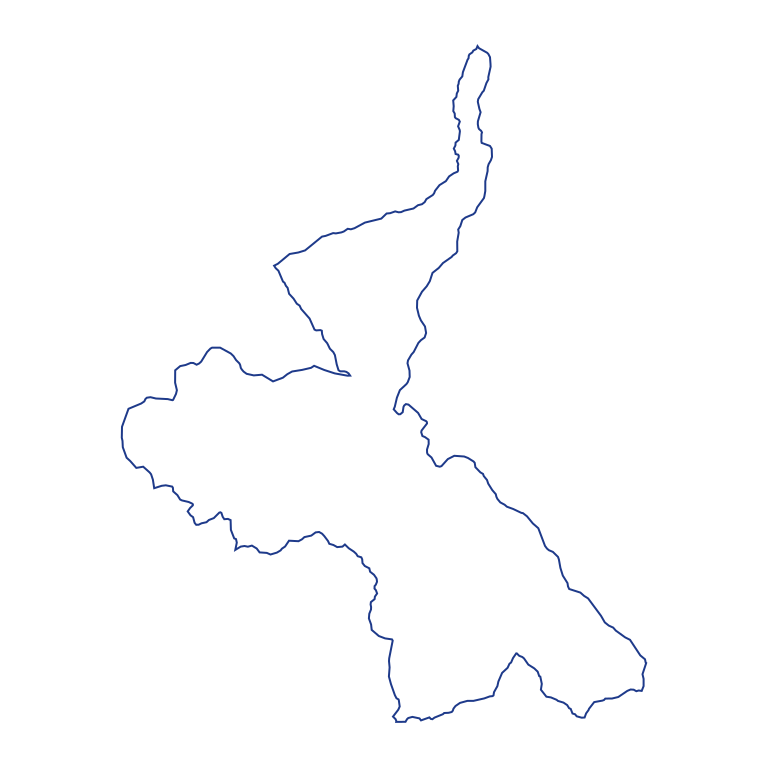 outline of Trong, Tongsa, Bhutan
{"feature_id": "84629894B683869752306", "entity_name": "Trong", "entity_type": "district", "adm_level": 2, "iso_a3": "BTN", "parent_name": "Bhutan", "parent_adm1": "Tongsa", "projection": "robinson", "projection_center": [90.682, 27.159], "detail": "fine", "context": "isolated", "style": "outline", "palette": "blue", "viewbox_px": 768, "rotation_deg": 0, "n_neighbors": 0, "source": "geoboundaries", "source_scale": "gbopen_adm2", "svg_char_len": 6098}
<svg xmlns="http://www.w3.org/2000/svg" viewBox="0 0 768 768"><path d="M646.2,663.0L645.7,662.6L645.0,659.3L640.3,655.4L630.0,639.8L625.2,637.4L615.8,630.6L613.2,627.6L608.8,625.6L604.8,622.4L601.0,615.8L588.1,598.4L584.1,595.9L580.4,592.6L569.2,589.0L568.0,586.4L567.5,583.1L562.8,575.6L560.4,567.9L558.9,559.5L558.0,556.9L552.9,551.9L548.9,550.2L547.0,548.6L545.0,545.9L538.3,528.2L532.8,523.4L527.0,516.3L522.9,513.1L521.4,512.9L513.2,509.0L506.9,506.7L504.6,504.7L500.3,502.4L497.4,498.9L496.4,496.8L495.8,494.2L492.2,490.0L488.2,483.6L487.0,480.0L483.8,476.1L483.0,473.9L480.4,472.4L475.4,467.2L474.7,462.8L473.6,461.5L468.0,458.0L464.2,456.5L454.3,455.8L447.8,459.1L441.5,466.1L439.8,466.7L436.1,465.8L431.5,457.5L427.7,454.2L427.1,452.8L427.0,449.6L428.7,444.0L428.6,439.7L425.0,437.1L422.4,436.0L421.2,432.2L421.6,430.5L427.0,423.5L426.9,422.1L426.2,421.2L421.6,419.0L418.1,412.9L408.5,404.6L405.9,404.1L404.2,405.5L403.5,406.9L402.7,412.2L400.3,414.2L398.7,414.3L397.1,413.1L393.7,409.3L394.8,406.7L396.9,397.7L399.9,390.1L406.5,384.0L407.7,382.3L409.7,377.0L409.5,370.6L407.5,363.3L408.0,360.4L411.4,354.6L413.7,352.0L418.4,342.9L420.9,340.2L424.6,337.5L426.1,333.0L425.0,326.5L420.9,320.4L418.9,315.7L417.0,307.8L417.2,300.5L422.0,291.7L426.7,286.3L429.8,281.2L432.5,272.9L438.8,267.9L443.0,263.0L451.7,256.9L452.7,255.6L456.1,253.2L457.3,251.3L457.2,241.5L458.7,232.7L458.2,229.5L460.3,226.2L462.3,220.0L465.5,217.5L473.3,214.2L475.2,212.4L477.2,207.3L483.9,198.1L484.4,196.2L485.3,191.0L485.3,181.3L487.6,171.1L487.7,167.3L488.6,164.2L490.9,160.2L492.0,156.9L491.7,148.7L490.0,146.0L481.7,142.9L481.4,141.5L481.5,134.1L482.0,132.4L481.1,130.8L479.1,129.1L478.4,127.7L477.8,124.1L477.9,121.3L480.6,112.2L479.4,108.9L477.8,101.8L478.2,99.2L482.3,92.3L483.8,90.7L486.4,83.1L488.4,79.4L488.3,77.1L490.6,66.7L490.5,63.9L490.0,57.2L488.4,54.1L487.2,52.8L479.0,48.2L477.5,46.1L476.3,49.0L473.3,50.6L472.3,52.4L469.4,54.4L468.8,55.7L468.5,58.4L467.6,59.6L462.9,72.2L462.3,76.4L459.6,79.6L458.8,81.6L458.6,83.8L457.8,85.8L458.2,90.7L456.8,93.5L456.4,96.9L453.2,100.4L453.7,106.2L453.3,111.1L454.7,113.5L454.9,117.1L455.7,118.2L458.8,119.8L459.8,121.6L458.1,126.3L459.7,130.0L459.9,131.4L458.8,139.9L455.6,142.6L455.4,145.5L453.8,148.6L455.1,151.2L455.6,154.0L458.2,154.7L458.8,155.9L458.6,157.8L456.9,160.9L458.3,164.1L457.8,166.2L458.1,170.5L457.5,171.7L453.7,173.3L449.1,176.4L445.9,181.1L439.5,185.1L435.1,190.7L434.1,193.3L432.8,195.0L426.4,199.1L424.7,202.1L422.0,204.2L418.0,205.2L413.5,208.5L404.4,210.6L401.1,212.1L398.6,212.3L395.2,211.4L390.1,213.2L386.6,213.5L381.3,218.6L364.9,222.6L354.5,228.2L350.9,229.3L347.7,228.8L343.8,231.5L341.4,232.4L335.9,233.4L333.1,233.1L325.6,235.9L322.0,236.6L305.1,250.4L298.3,252.5L289.6,254.0L277.8,263.8L274.1,265.7L275.8,268.3L278.4,270.7L283.0,281.6L284.5,282.7L285.9,285.8L287.6,287.8L289.1,293.8L293.6,298.7L296.8,303.7L299.6,305.6L301.2,309.0L309.6,318.6L314.5,329.6L316.2,330.4L320.4,330.1L321.8,330.7L322.1,334.1L323.6,339.0L327.2,343.2L329.9,348.7L333.3,352.1L334.9,355.1L336.7,364.3L338.5,370.2L340.2,371.3L344.1,371.3L346.4,371.9L348.6,373.4L350.1,375.6L347.5,375.7L334.8,373.4L324.3,370.0L314.1,365.8L311.1,367.8L302.1,369.9L292.1,371.5L287.3,374.2L282.9,377.7L273.0,381.4L262.0,374.7L253.8,375.4L246.6,373.8L243.6,371.6L241.8,369.5L240.8,367.9L240.2,365.1L239.4,363.4L236.1,360.1L233.5,356.1L230.8,353.5L220.2,347.7L212.0,347.7L210.4,348.6L207.1,352.0L201.2,361.6L199.1,363.5L196.6,364.7L193.4,363.0L190.7,362.9L185.6,365.0L180.2,366.1L175.2,370.3L175.1,382.7L176.9,390.2L176.0,393.9L173.1,399.9L172.4,400.2L167.8,399.1L155.9,398.5L150.5,397.2L146.9,397.7L145.5,398.9L144.3,401.4L141.2,403.5L128.5,408.8L122.0,426.8L121.8,437.8L122.5,440.9L122.8,447.2L126.6,457.7L130.2,461.0L136.3,467.9L143.2,466.7L149.7,472.5L151.1,474.3L152.9,479.7L154.2,488.2L161.7,485.8L165.8,485.3L172.2,486.6L172.9,487.8L173.2,491.4L177.4,495.1L180.1,499.5L181.9,500.4L188.7,502.0L192.0,503.5L192.9,504.3L192.8,505.4L190.1,508.0L187.7,511.4L190.5,515.3L193.1,517.2L194.6,522.8L196.2,524.8L198.7,524.7L201.5,523.3L206.5,522.2L208.9,520.0L213.8,518.1L219.3,512.6L220.4,512.3L221.4,512.9L222.7,516.8L224.3,519.2L227.9,518.9L230.6,520.1L230.9,529.9L234.2,538.4L236.0,539.1L236.8,542.6L235.3,549.9L240.7,546.6L244.5,546.0L247.9,546.7L251.9,545.6L256.7,548.5L259.6,552.4L266.8,552.9L270.5,554.5L276.9,552.6L280.6,550.4L281.9,548.7L285.1,546.5L289.0,540.7L298.5,541.2L302.0,539.3L304.4,537.1L311.3,535.6L315.6,532.4L319.1,532.0L322.1,533.7L324.3,536.1L328.0,541.0L329.3,543.8L333.4,545.0L337.2,547.1L342.5,546.6L344.9,544.5L348.8,548.3L353.8,551.6L356.2,553.8L357.7,556.2L361.3,557.3L362.2,559.3L362.5,563.1L364.8,566.0L369.3,568.3L370.1,571.7L374.0,574.8L376.5,578.4L376.8,579.8L377.0,581.8L375.8,584.7L374.6,586.1L374.5,588.6L375.9,590.2L377.1,593.5L374.9,596.6L374.6,599.1L370.9,602.1L370.6,604.4L371.1,607.1L371.0,609.5L369.3,613.7L368.9,618.4L371.1,624.5L371.7,629.9L378.8,636.0L385.1,638.4L392.0,639.4L392.7,640.6L389.2,658.3L389.0,661.1L389.6,667.4L388.9,676.5L391.0,684.2L394.9,695.2L396.5,698.3L398.5,699.4L398.8,700.2L399.7,706.5L398.3,709.7L393.0,716.6L395.6,719.2L396.3,721.0L396.2,721.9L405.5,721.8L407.0,719.2L408.3,718.0L412.4,716.9L419.5,718.4L421.0,720.4L429.4,717.4L430.8,718.9L432.4,719.2L434.5,717.6L442.9,714.2L444.2,713.0L448.6,712.8L451.7,712.0L452.8,710.7L453.5,708.6L455.5,706.0L460.0,702.9L467.3,700.9L473.3,700.9L484.3,698.4L489.8,696.4L492.6,696.1L493.5,695.4L494.0,692.2L497.4,686.1L498.4,681.5L502.1,672.9L507.6,667.8L509.5,663.7L511.1,662.5L513.0,658.1L516.2,653.4L516.8,653.4L519.2,655.8L522.3,657.0L524.0,658.4L528.3,664.6L534.3,668.4L537.7,671.7L539.2,676.1L540.3,676.6L541.8,683.9L540.9,689.7L546.4,696.7L550.9,697.4L556.6,699.8L557.9,700.9L563.5,702.6L567.2,705.1L569.1,708.2L570.7,708.9L572.5,713.5L575.1,714.3L576.7,716.3L581.7,717.7L584.6,717.5L586.1,713.4L588.5,710.1L589.0,708.8L594.2,702.1L602.4,700.6L604.0,700.0L605.3,698.6L612.1,698.5L618.3,697.0L627.3,690.9L630.6,689.5L633.7,689.7L636.3,691.2L638.7,690.5L641.7,690.9L643.6,686.1L643.6,678.9L642.5,674.2L646.2,663.0Z" fill="none" stroke="#1e3a8a" stroke-width="2"/></svg>